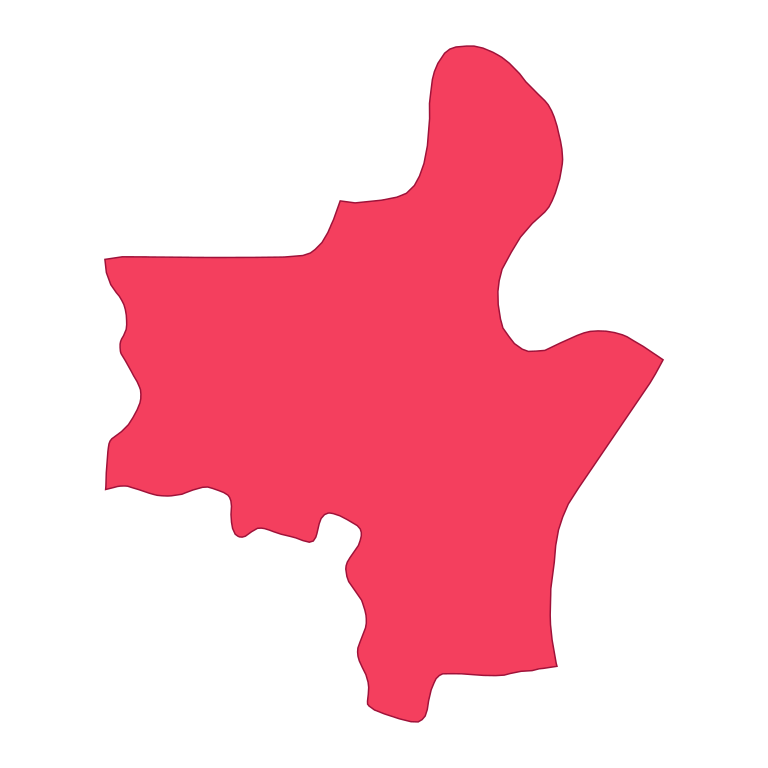 Quan 7, Hồ Chí Minh city, Vietnam
{"feature_id": "81297802B84259990428862", "entity_name": "Quan 7", "entity_type": "district", "adm_level": 2, "iso_a3": "VNM", "parent_name": "Vietnam", "parent_adm1": "Hồ Chí Minh city", "projection": "natural_earth1", "projection_center": [106.723, 10.738], "detail": "fine", "context": "isolated", "style": "filled", "palette": "rose", "viewbox_px": 768, "rotation_deg": 0, "n_neighbors": 0, "source": "geoboundaries", "source_scale": "gbopen_adm2", "svg_char_len": 3618}
<svg xmlns="http://www.w3.org/2000/svg" viewBox="0 0 768 768"><path d="M105.6,489.5L111.3,488.1L114.1,487.4L117.4,486.5L120.2,486.1L123.0,486.0L123.5,486.0L124.0,486.0L125.3,486.0L127.7,486.2L131.7,487.5L138.7,489.6L149.3,493.2L153.9,494.5L157.2,495.3L161.2,495.7L162.7,495.8L167.6,496.0L171.4,495.8L177.5,494.9L182.0,494.2L185.2,492.9L192.9,490.0L202.5,487.3L207.7,487.0L212.6,488.4L218.6,490.5L223.7,492.5L227.9,495.1L229.6,497.4L230.9,500.9L231.5,506.3L231.0,514.5L231.5,522.2L232.6,528.5L235.2,534.2L237.9,536.2L239.5,536.9L242.2,537.1L245.4,536.2L251.6,531.7L257.5,528.3L261.2,528.1L264.6,528.6L269.4,530.1L273.9,531.8L281.1,534.2L290.7,536.5L295.9,537.9L303.0,540.6L309.3,542.2L313.3,541.0L315.8,537.2L316.9,533.6L319.2,523.7L321.1,518.5L324.5,514.6L328.1,513.1L329.8,513.0L333.3,513.6L339.9,515.8L347.2,519.6L357.3,525.6L360.2,528.9L361.3,532.4L361.3,535.9L360.2,540.5L358.4,545.5L350.0,557.6L347.3,562.1L346.1,565.9L345.8,569.1L346.3,572.6L346.9,576.5L348.7,581.6L354.9,590.5L359.9,597.7L361.6,600.2L362.7,603.3L364.9,610.2L366.0,615.2L366.3,618.9L366.3,623.3L365.5,627.9L359.9,642.4L357.9,648.0L357.6,652.0L358.0,656.3L359.3,660.9L362.3,667.4L365.9,674.6L368.1,682.2L368.7,687.4L368.3,694.2L367.5,701.2L367.6,704.2L368.4,705.1L368.9,705.9L374.5,710.0L384.4,713.9L399.4,718.8L411.0,721.7L418.2,721.9L422.1,719.6L425.2,716.0L427.3,709.5L428.6,700.8L431.1,690.1L431.5,689.0L434.0,682.9L436.1,678.6L439.3,675.5L442.7,673.8L451.1,673.7L453.3,673.7L461.6,673.8L472.4,674.6L483.6,675.4L495.6,675.6L504.2,675.1L510.2,673.5L521.1,671.3L532.2,670.6L539.1,668.8L543.2,668.4L557.0,666.3L556.2,663.3L552.1,639.9L550.5,624.7L550.2,615.1L550.6,598.2L550.7,595.1L550.7,594.8L550.8,588.8L554.3,562.1L555.7,545.5L558.5,529.9L562.7,517.0L568.3,504.0L578.6,487.9L650.0,383.0L655.5,373.8L662.9,360.2L663.1,359.8L643.4,346.5L634.0,341.0L627.1,336.8L622.4,334.8L614.6,332.6L606.2,331.2L598.0,330.9L590.2,331.4L584.0,332.9L577.0,335.5L560.3,343.0L544.9,350.4L536.2,351.1L528.3,351.4L522.3,349.2L514.4,343.6L508.9,336.5L502.9,328.0L501.3,322.0L501.1,321.3L500.5,319.2L498.2,304.5L497.9,291.5L499.2,280.6L502.1,269.2L511.3,252.2L520.4,237.2L532.3,223.4L544.9,211.9L548.9,207.0L552.1,200.8L555.3,193.1L559.7,178.8L561.2,170.6L562.3,163.7L562.6,159.5L562.4,155.7L561.9,149.1L560.5,141.0L558.4,132.2L557.1,126.4L554.2,117.1L551.6,110.9L548.2,104.8L544.9,100.8L537.6,93.7L531.1,87.1L525.8,81.8L519.6,73.7L509.3,63.2L501.8,57.3L497.9,55.0L493.0,52.3L483.0,48.1L474.1,46.1L466.3,46.1L455.9,47.0L449.8,49.1L444.6,53.2L437.9,63.3L434.4,71.6L432.4,79.4L430.7,93.0L429.5,103.4L429.6,118.7L427.4,145.8L424.0,163.4L419.5,176.1L414.4,185.5L406.4,193.3L396.8,197.2L381.5,200.2L355.1,202.9L340.2,200.9L333.5,219.7L331.1,225.0L330.1,227.5L329.6,228.5L327.9,232.5L322.0,242.5L315.1,249.5L310.4,253.0L302.9,255.5L299.3,255.8L294.6,256.2L284.6,257.0L281.4,257.1L281.1,257.1L280.7,257.1L254.0,257.4L253.2,257.4L249.5,257.4L222.0,257.5L215.5,257.5L214.7,257.5L193.0,257.4L188.3,257.3L149.8,257.0L146.1,256.9L145.5,256.9L122.3,256.8L104.9,259.4L106.1,270.2L106.4,272.7L108.6,278.7L110.8,284.7L116.3,292.6L119.3,296.2L121.9,300.6L123.9,304.6L125.3,309.4L126.3,315.1L126.6,320.4L126.7,324.8L126.2,329.4L123.6,335.6L121.6,339.0L120.6,341.5L120.1,344.1L120.1,347.6L120.4,351.2L120.6,352.1L121.1,353.7L125.3,360.6L131.5,371.7L133.7,375.9L137.1,381.6L139.4,386.8L140.5,389.8L140.9,394.4L140.8,396.6L140.8,397.8L140.8,398.6L140.0,402.8L137.2,409.7L133.0,417.5L128.4,424.7L121.5,431.6L116.4,435.4L111.9,438.7L110.1,441.0L109.0,443.8L108.4,447.5L107.9,451.5L106.4,471.3L106.3,472.4L105.9,486.2L105.6,489.5Z" fill="#f43f5e" stroke="#9f1239" stroke-width="1.5"/></svg>